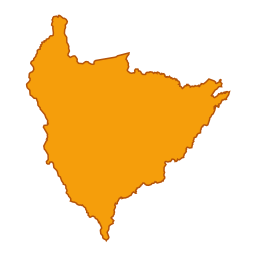 Lilongwe, Lilongwe, Malawi
{"feature_id": "42251766B26147222520266", "entity_name": "Lilongwe", "entity_type": "district", "adm_level": 2, "iso_a3": "MWI", "parent_name": "Malawi", "parent_adm1": "Lilongwe", "projection": "orthographic", "projection_center": [33.601, -14.039], "detail": "fine", "context": "isolated", "style": "filled", "palette": "amber", "viewbox_px": 256, "rotation_deg": 0, "n_neighbors": 0, "source": "geoboundaries", "source_scale": "gbopen_adm2", "svg_char_len": 5700}
<svg xmlns="http://www.w3.org/2000/svg" viewBox="0 0 256 256"><path d="M229.4,91.8L228.6,92.2L227.1,91.6L226.5,91.9L226.1,91.7L225.7,92.0L225.9,92.7L225.4,93.2L225.0,93.2L224.3,92.4L224.1,93.1L223.2,92.7L222.0,93.8L221.2,92.8L219.7,94.1L218.7,93.8L217.5,95.7L214.7,97.6L214.0,97.4L213.0,95.9L212.2,96.1L211.4,95.6L215.3,89.8L216.7,89.2L218.7,86.8L219.7,86.5L221.6,86.7L221.3,85.4L221.9,83.5L220.4,82.2L221.0,79.9L220.6,79.6L219.5,80.3L219.6,81.5L217.0,83.3L216.2,83.5L215.7,83.2L215.6,82.1L214.1,80.9L208.9,79.0L206.0,82.0L203.6,83.9L201.3,83.6L201.3,84.4L200.2,84.9L199.5,86.5L199.0,86.5L198.8,85.5L198.5,85.3L197.8,85.9L196.0,86.1L195.1,85.6L194.3,86.5L193.6,86.3L193.1,86.7L192.2,86.1L190.3,87.1L190.0,86.1L189.3,85.4L188.0,85.4L188.0,84.5L186.7,84.5L186.2,85.8L185.4,85.8L184.2,86.4L183.9,87.3L182.3,88.5L181.5,87.1L180.4,86.2L179.8,86.2L179.9,84.2L179.0,84.2L179.6,83.6L179.4,82.2L178.7,81.3L177.5,80.7L176.7,79.3L176.0,80.0L175.6,79.1L174.4,78.4L174.0,78.7L172.4,78.9L171.7,77.7L170.7,78.0L169.5,76.3L168.6,77.1L167.1,76.6L166.4,76.8L166.5,77.2L165.5,76.9L164.7,75.8L165.0,75.3L163.8,73.7L162.6,74.0L161.8,73.4L161.0,74.4L160.2,74.0L159.7,73.2L157.7,72.1L157.0,72.4L156.9,73.3L156.2,72.7L155.6,72.8L154.8,72.4L153.7,73.4L152.4,72.2L150.0,71.8L149.4,72.4L148.4,72.3L148.0,72.6L147.2,72.3L146.4,72.6L145.8,73.4L145.8,74.0L145.1,74.5L142.8,74.4L141.7,73.6L140.5,71.5L139.5,71.0L138.7,71.1L137.9,69.1L135.5,69.1L134.7,70.3L134.9,72.0L134.3,72.9L133.5,72.8L131.7,73.3L130.0,72.9L127.8,71.2L127.2,70.1L128.7,66.8L128.2,65.0L128.4,63.3L127.3,61.5L127.1,60.5L126.0,59.3L127.0,56.6L128.8,54.3L129.0,52.9L117.7,55.8L116.1,56.9L115.1,57.2L95.7,60.5L94.4,61.3L94.0,62.5L94.0,63.9L93.1,64.3L91.4,64.2L88.9,62.9L88.1,61.9L86.5,61.6L85.5,61.7L82.8,63.7L78.5,63.3L77.0,61.3L77.2,59.2L76.8,58.4L75.2,56.2L74.2,55.9L73.0,56.1L70.2,57.4L68.0,55.4L68.0,54.2L69.4,51.0L68.6,48.3L68.8,46.4L67.9,44.0L66.8,42.4L66.7,37.3L64.9,34.7L64.4,33.3L64.7,29.5L65.5,27.6L65.3,25.0L66.9,23.1L67.3,21.4L66.1,19.4L64.4,18.3L63.3,18.4L60.3,15.9L59.2,15.4L58.5,15.5L58.6,16.4L58.0,17.2L56.5,16.2L53.7,16.7L52.8,18.0L52.6,19.3L52.1,19.8L52.7,21.6L51.9,23.4L51.6,25.0L53.0,26.5L52.8,28.0L53.4,32.8L53.2,35.2L52.1,35.8L50.4,35.9L49.6,36.7L48.8,38.6L46.4,39.2L45.9,40.7L44.2,40.9L44.3,42.0L43.2,42.0L41.9,42.4L42.2,43.1L41.9,44.1L40.7,45.0L41.2,46.1L39.9,47.0L40.2,48.0L40.1,49.2L38.6,49.4L37.3,50.4L37.2,53.3L36.1,54.7L35.8,56.4L33.8,58.6L33.7,60.0L31.5,61.5L31.0,62.3L30.8,63.5L33.4,66.9L33.8,69.5L32.8,71.3L31.8,72.0L30.3,72.6L29.3,73.8L29.0,77.6L30.0,78.3L30.1,80.2L28.8,82.0L26.9,83.8L26.6,84.6L26.9,86.7L27.4,87.9L29.8,90.2L30.0,93.7L30.3,95.1L31.5,95.7L34.0,98.2L36.4,98.5L37.2,101.0L37.7,101.7L38.0,105.3L40.2,107.8L40.2,109.0L44.8,114.5L45.9,117.7L47.7,120.5L47.5,123.3L48.1,123.4L47.9,124.3L47.0,125.1L44.1,125.4L43.4,127.1L47.6,134.3L47.3,135.1L47.6,137.2L46.6,139.0L47.2,139.1L47.1,140.2L46.2,141.2L43.8,146.0L44.4,149.2L45.4,150.2L48.1,154.7L48.2,159.6L46.4,161.6L46.7,163.3L47.7,164.0L49.1,164.0L49.8,162.9L49.8,162.2L51.8,161.9L53.3,163.3L53.9,167.6L56.7,170.4L57.4,171.7L58.4,175.8L60.3,176.9L61.6,180.7L63.3,183.2L63.3,184.2L65.2,184.8L65.9,186.2L65.9,188.2L66.7,189.5L67.0,191.0L66.3,192.2L66.3,193.0L68.0,194.5L68.8,196.4L69.8,197.3L70.7,198.7L70.8,200.4L70.4,201.0L72.9,202.0L74.6,202.2L76.7,203.4L77.1,204.3L79.1,205.1L80.8,205.0L81.4,205.4L82.4,205.0L83.4,206.3L85.5,207.9L85.9,209.6L86.8,210.9L86.7,212.5L88.3,213.1L88.1,215.2L89.3,216.2L89.5,217.0L90.3,217.2L92.2,216.2L93.2,216.2L94.9,217.1L95.4,218.4L97.1,219.2L98.1,220.7L98.6,222.5L99.2,222.1L101.5,227.1L101.6,228.3L100.6,229.7L100.4,230.5L100.8,233.7L102.6,235.7L102.8,237.5L103.3,238.5L106.0,239.9L106.3,240.6L106.9,239.7L108.2,238.8L108.8,237.7L108.8,237.0L107.1,232.3L108.7,229.6L109.0,226.2L110.5,224.7L113.1,223.4L112.9,221.9L113.8,220.7L111.1,217.9L111.9,216.9L112.5,216.8L113.2,216.0L113.2,215.6L114.1,214.2L114.2,212.5L114.5,212.1L114.0,210.1L115.3,207.4L115.4,206.0L114.8,205.3L114.9,204.6L115.4,203.3L116.3,204.0L117.3,203.6L117.3,202.0L117.9,201.3L119.4,198.3L120.1,198.3L120.6,197.4L121.2,197.2L121.9,197.5L121.9,198.5L123.9,197.9L125.4,197.9L128.4,196.8L129.7,195.7L130.9,195.4L132.4,192.7L133.7,191.9L135.4,193.2L136.1,193.1L135.7,192.4L136.2,191.5L135.7,191.3L135.6,190.4L136.2,190.0L136.3,189.3L137.0,188.8L137.0,188.1L139.5,187.2L140.4,185.9L140.8,185.8L140.9,185.1L141.7,184.7L143.0,183.0L144.3,183.2L145.0,184.1L146.4,185.1L148.6,185.3L151.1,184.5L151.9,183.5L153.7,183.2L154.5,182.7L155.1,181.7L155.6,182.1L156.3,182.1L156.6,182.7L157.3,183.0L161.5,181.8L162.3,180.8L163.2,180.9L163.5,179.5L164.5,178.6L164.7,178.0L164.7,176.9L164.0,176.0L163.9,174.3L164.6,172.3L164.0,171.1L164.1,167.3L166.0,164.5L164.8,162.9L165.3,161.7L166.0,161.4L167.4,161.9L168.8,161.8L169.4,161.4L170.4,161.5L171.5,160.3L171.8,159.3L172.9,159.1L174.4,159.7L175.1,161.5L175.9,160.9L176.5,161.3L177.2,160.6L177.6,159.2L178.4,159.7L179.4,159.8L182.0,157.8L183.7,157.4L183.5,156.3L184.0,155.4L184.2,154.2L186.3,151.6L186.0,150.8L186.5,149.2L186.1,148.9L186.9,147.4L187.4,147.2L189.7,148.0L191.8,147.6L192.2,145.0L192.8,144.2L192.4,143.1L193.8,141.4L193.3,140.6L194.0,139.0L194.0,138.0L194.5,137.4L195.5,137.3L196.5,136.7L196.7,135.2L197.2,135.0L197.2,134.5L198.2,133.5L200.5,132.8L200.6,129.9L201.1,129.2L201.1,128.3L202.3,126.4L202.8,126.5L203.2,125.4L203.7,125.1L204.7,124.9L206.7,125.5L207.8,124.8L209.5,119.8L209.9,117.7L210.7,117.1L211.9,114.6L213.1,113.9L214.6,110.7L215.5,107.0L214.7,106.8L214.2,107.6L214.2,106.7L215.6,105.5L216.8,106.3L217.6,106.0L218.2,107.2L218.7,107.1L219.1,105.5L218.7,104.2L220.5,103.6L222.2,100.0L223.6,99.9L224.5,99.2L225.7,99.6L226.5,99.2L226.2,98.3L228.6,94.8L229.4,91.8Z" fill="#f59e0b" stroke="#b45309" stroke-width="1.5"/></svg>